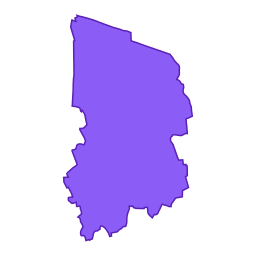 Thi xa Cai Lay, Tiền Giang, Vietnam (Equal Earth projection)
{"feature_id": "81297802B17596796998347", "entity_name": "Thi xa Cai Lay", "entity_type": "district", "adm_level": 2, "iso_a3": "VNM", "parent_name": "Vietnam", "parent_adm1": "Tiền Giang", "projection": "equal_earth", "projection_center": [106.133, 10.425], "detail": "fine", "context": "isolated", "style": "filled", "palette": "violet", "viewbox_px": 256, "rotation_deg": 0, "n_neighbors": 0, "source": "geoboundaries", "source_scale": "gbopen_adm2", "svg_char_len": 4618}
<svg xmlns="http://www.w3.org/2000/svg" viewBox="0 0 256 256"><path d="M183.3,84.4L182.8,84.4L182.4,84.3L181.7,83.8L181.1,83.2L180.1,81.7L179.4,80.7L178.6,80.2L177.3,79.7L177.1,79.6L176.7,79.4L177.2,78.6L177.7,77.8L178.6,76.1L179.0,75.3L179.2,74.9L179.3,74.2L179.4,72.8L179.3,71.0L179.3,68.9L179.4,67.9L179.4,67.2L179.2,66.1L178.8,65.3L178.1,64.4L177.1,63.6L176.5,62.9L175.7,62.1L174.2,60.3L172.9,58.2L171.7,56.4L170.6,55.3L170.2,54.4L162.8,51.8L153.7,48.7L144.8,45.6L136.6,42.6L134.3,41.9L131.1,40.8L130.9,32.6L130.1,32.3L127.3,31.1L125.1,30.8L123.6,30.6L122.8,30.4L121.3,29.9L120.4,29.4L118.9,29.0L115.9,28.1L113.5,27.5L108.8,25.8L104.7,24.3L100.6,22.8L95.6,20.8L92.1,19.6L87.4,18.2L85.1,17.6L83.4,17.1L80.9,16.5L79.7,16.3L79.5,16.2L77.0,15.4L77.5,16.8L74.9,18.1L75.3,19.4L76.0,21.4L71.9,20.0L70.7,27.0L74.7,40.4L73.6,41.1L73.7,49.5L73.8,58.2L73.9,61.7L73.9,63.1L74.0,74.0L73.9,75.7L73.8,76.5L73.7,77.3L73.5,78.7L73.2,84.9L73.2,87.3L73.1,91.2L73.0,92.8L72.6,99.9L72.4,103.4L72.2,106.1L75.5,106.6L79.0,107.5L79.6,107.9L80.1,108.6L80.3,109.4L80.5,110.5L80.7,111.1L81.3,111.7L81.4,111.4L81.6,110.9L81.8,110.5L82.1,110.2L84.7,114.2L85.5,118.0L85.8,119.9L87.0,124.8L86.7,125.0L85.6,126.0L84.3,127.4L83.8,127.8L83.1,128.2L82.8,128.3L81.9,128.4L79.9,128.4L79.8,129.3L80.0,130.0L84.0,137.2L85.1,139.8L85.5,141.4L84.9,142.5L84.4,143.9L84.3,144.3L84.1,144.6L83.9,144.7L83.4,144.7L82.3,144.3L81.2,144.0L79.8,143.9L79.0,144.0L78.3,144.2L77.7,144.4L77.3,144.8L76.8,145.4L76.6,145.9L76.4,146.8L76.4,147.1L76.3,147.6L75.9,148.4L75.4,149.0L75.2,149.3L74.5,149.6L73.2,149.8L72.3,150.0L72.1,150.2L72.0,150.7L72.1,151.0L74.6,157.6L77.2,164.6L75.8,165.9L72.7,168.0L70.2,170.3L67.7,172.5L67.0,173.4L66.9,173.8L66.9,174.1L67.0,174.5L67.2,175.0L68.4,177.1L64.0,177.4L63.7,177.4L63.9,181.7L64.0,182.2L66.9,187.9L68.3,187.2L71.5,193.4L72.7,197.1L70.3,197.2L68.4,197.6L68.3,199.4L68.4,200.2L68.6,200.7L69.7,201.3L70.9,202.7L71.9,203.3L73.0,203.3L75.3,202.6L76.3,202.2L76.6,206.4L77.5,206.5L78.0,206.4L78.5,206.3L79.0,206.1L79.4,206.0L79.7,206.1L80.0,206.3L80.1,206.7L80.2,207.3L80.3,207.7L80.4,209.1L81.2,210.8L81.3,211.4L81.3,212.1L81.4,212.6L81.6,213.4L80.8,214.7L79.4,215.6L77.9,217.1L79.2,217.7L79.4,217.8L79.7,218.2L80.0,218.6L80.2,219.1L80.3,219.5L80.4,220.1L80.5,220.8L80.5,221.4L80.6,221.8L81.0,222.5L81.5,223.3L82.5,225.1L82.7,225.5L82.8,226.0L82.7,227.6L82.0,228.5L81.0,230.6L80.7,231.5L80.6,232.6L80.6,233.4L80.7,234.6L81.1,235.4L81.4,235.7L81.8,235.7L82.2,235.7L82.7,235.5L83.7,235.7L84.0,235.8L84.4,236.0L84.8,236.5L85.3,237.8L85.8,240.0L86.0,240.6L86.7,240.3L87.1,240.2L88.4,239.8L89.3,239.7L89.5,240.2L90.2,239.9L90.5,239.6L90.9,239.3L91.2,239.3L91.8,239.2L92.2,239.0L92.4,238.5L92.5,238.1L92.8,236.8L93.2,234.9L93.4,233.8L93.6,233.2L94.0,232.5L94.3,231.9L94.8,231.4L95.3,231.1L96.1,231.0L96.7,231.0L97.6,230.8L98.1,230.4L98.4,230.0L99.0,229.7L99.5,229.6L99.9,229.3L100.1,228.9L100.1,228.5L99.9,228.0L99.9,227.6L100.0,227.3L100.7,226.2L101.2,226.0L101.7,225.9L102.7,226.3L104.3,227.4L105.4,228.4L106.8,230.4L108.5,233.1L109.8,236.5L111.5,236.0L111.3,233.0L113.0,232.6L115.4,232.2L117.3,231.8L119.3,229.7L121.3,228.6L123.2,226.6L124.7,226.6L125.8,226.2L126.1,225.0L126.5,223.5L126.7,223.0L126.8,220.9L126.8,219.8L126.9,217.1L127.1,215.9L127.3,214.9L128.1,212.0L129.0,209.8L129.3,209.0L129.4,208.5L129.4,207.7L129.1,206.3L132.9,206.2L133.4,207.6L134.6,207.8L135.0,208.1L135.5,208.3L139.5,208.5L144.1,208.6L144.3,207.4L147.4,207.4L147.8,211.5L148.0,212.8L148.2,213.4L148.4,213.7L148.6,214.2L148.9,214.5L149.8,215.5L152.3,217.8L154.3,214.5L154.9,214.6L155.8,214.7L156.5,214.5L157.8,213.5L158.0,212.8L158.4,211.7L159.3,210.2L160.8,207.0L162.0,204.3L166.4,205.5L169.2,206.6L171.1,206.6L171.2,204.3L173.4,201.2L175.7,198.0L182.3,196.8L182.5,190.6L183.1,190.3L187.8,187.9L188.5,187.4L185.5,176.7L187.3,175.7L187.3,174.1L187.2,172.8L187.3,171.9L187.1,165.9L186.1,165.8L186.0,164.5L183.3,164.5L182.7,159.8L180.8,160.0L178.9,160.2L177.9,158.4L173.4,145.6L173.2,144.7L172.5,143.7L171.2,141.9L170.8,141.1L170.6,140.4L170.5,139.5L170.4,138.9L170.6,138.0L170.9,137.3L171.3,136.9L171.7,136.5L172.0,136.3L172.2,135.9L172.3,135.6L172.5,135.0L174.2,134.8L176.7,135.0L179.7,135.5L181.5,135.5L182.5,135.1L184.0,134.2L185.1,133.7L186.2,133.4L187.3,133.6L186.9,128.5L186.8,126.9L186.4,123.5L186.3,122.1L186.0,118.9L189.7,117.4L192.3,116.2L191.8,112.6L191.6,111.1L191.4,109.3L191.3,107.2L191.1,106.4L190.3,104.3L189.9,103.1L189.7,102.3L189.6,101.3L189.0,99.6L187.8,97.9L186.5,96.3L184.7,94.7L183.6,93.3L183.2,92.1L183.1,91.6L183.1,90.2L183.4,88.7L183.7,87.5L183.7,86.5L183.4,85.7L183.3,84.4Z" fill="#8b5cf6" stroke="#5b21b6" stroke-width="1.5"/></svg>